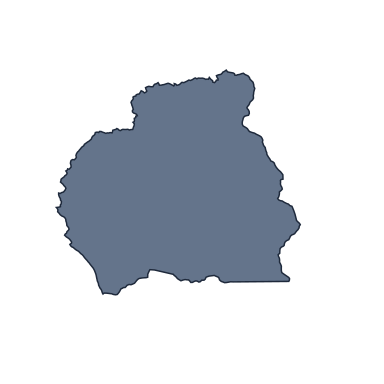 the district of Itaberaba, Bahia, Brazil, rotated 294°
{"feature_id": "56859067B40905854512446", "entity_name": "Itaberaba", "entity_type": "district", "adm_level": 2, "iso_a3": "BRA", "parent_name": "Brazil", "parent_adm1": "Bahia", "projection": "natural_earth1", "projection_center": [-40.241, -12.524], "detail": "fine", "context": "isolated", "style": "filled", "palette": "slate", "viewbox_px": 384, "rotation_deg": 294, "n_neighbors": 0, "source": "geoboundaries", "source_scale": "gbopen_adm2", "svg_char_len": 5668}
<svg xmlns="http://www.w3.org/2000/svg" viewBox="0 0 384 384"><g transform="rotate(294 192 192)"><path d="M149.7,316.8L151.2,316.8L152.6,316.3L153.3,315.1L153.9,311.8L154.4,309.1L154.9,306.8L156.7,305.5L158.9,304.5L160.6,303.8L162.0,302.4L163.5,300.5L165.5,299.7L167.1,298.7L168.5,297.1L169.8,296.2L171.7,297.1L174.1,296.1L176.2,295.5L178.1,296.1L179.4,297.3L180.6,297.9L182.2,297.5L183.8,297.3L185.9,298.1L187.8,299.8L189.7,299.9L191.7,299.9L193.3,300.6L194.3,301.6L195.6,302.7L197.5,303.1L199.4,303.6L200.5,304.1L202.8,304.4L204.3,303.9L206.2,304.2L207.1,302.9L207.8,300.8L208.5,299.1L209.8,298.1L211.6,296.7L213.5,295.2L214.9,293.9L216.5,292.4L218.7,290.1L219.6,289.1L219.4,286.9L220.2,285.0L220.0,283.3L220.1,280.6L220.5,278.1L220.0,276.2L220.1,274.3L220.9,272.9L222.7,273.2L224.7,272.9L225.9,272.6L227.6,271.8L229.9,272.9L231.4,273.3L232.9,272.1L233.7,270.9L234.6,270.0L235.6,269.4L237.1,268.9L238.4,268.1L239.6,268.3L240.7,269.9L242.4,269.1L244.7,268.0L245.4,266.8L246.5,264.7L247.3,262.1L247.9,260.7L248.9,258.8L250.5,256.6L251.9,255.4L252.5,253.5L252.4,251.4L253.8,249.7L255.0,247.6L256.0,246.2L256.9,245.0L258.2,244.4L259.7,242.8L261.1,241.7L262.5,240.7L263.2,239.2L264.1,238.0L265.2,237.1L266.2,236.0L268.2,235.6L269.6,234.1L270.5,232.7L270.8,231.0L270.9,228.9L270.9,227.5L271.2,225.2L270.8,222.7L270.6,219.9L271.5,218.2L272.4,216.8L272.8,215.0L273.1,211.9L274.2,210.5L275.5,209.8L277.1,209.3L278.8,209.1L280.2,208.8L281.5,208.9L282.6,209.3L283.8,210.6L285.1,212.4L287.1,212.4L288.9,211.4L290.1,209.9L290.7,208.5L291.6,207.8L293.2,208.1L294.4,208.5L295.8,208.6L297.6,208.5L299.1,209.1L301.0,209.9L302.8,210.0L304.0,209.3L305.2,208.7L306.6,208.4L308.2,207.8L310.0,207.5L312.2,207.2L313.5,205.6L315.1,204.8L317.1,203.1L318.1,200.5L318.6,199.2L320.0,197.8L320.9,195.9L320.9,192.5L321.4,190.7L320.4,189.3L318.7,187.6L317.6,185.9L316.6,185.0L316.2,183.5L317.3,182.7L317.5,181.3L317.1,179.5L316.6,177.7L316.2,175.6L317.3,173.7L315.3,172.5L314.0,171.4L312.6,171.2L311.2,170.5L309.7,168.4L308.2,167.0L306.9,168.3L305.9,169.9L304.8,170.2L304.2,168.8L302.7,168.7L301.1,168.1L300.8,166.3L302.1,165.5L302.5,163.6L303.7,161.2L301.7,161.2L301.3,159.8L300.5,158.8L300.6,157.1L300.3,155.3L299.4,153.5L298.6,151.4L297.4,150.4L297.5,148.6L296.5,147.7L295.0,146.8L293.3,145.3L293.0,143.6L291.3,142.4L289.9,141.2L288.6,140.1L288.1,138.2L286.7,137.5L285.0,136.8L283.3,134.8L284.0,133.2L283.8,131.7L282.7,132.4L281.5,132.2L281.7,129.6L281.8,127.4L281.6,125.9L280.4,124.5L278.8,122.8L277.9,121.4L277.0,120.3L276.3,118.7L277.3,117.8L278.1,116.5L276.6,115.6L275.3,114.1L273.9,113.6L272.4,113.6L271.5,111.8L271.0,109.6L269.9,108.3L268.4,107.1L266.9,108.4L265.8,109.7L264.3,109.2L263.2,108.2L263.8,106.3L263.8,104.4L261.9,104.2L260.1,103.9L259.1,102.4L258.1,101.5L256.8,101.6L255.9,100.3L254.7,99.5L253.4,100.4L252.1,100.3L250.4,99.8L248.9,99.9L248.0,100.9L246.9,101.7L245.9,102.8L244.9,103.6L243.6,104.8L242.3,104.4L241.0,105.0L240.4,106.5L240.5,108.0L240.4,109.8L239.4,111.0L238.4,109.8L237.1,110.3L235.8,109.3L234.0,110.3L232.8,110.6L231.7,109.7L230.8,111.6L229.0,112.1L227.4,112.1L226.2,112.3L225.0,112.4L224.2,110.8L223.2,109.6L223.2,107.9L222.3,106.3L221.7,105.0L221.1,103.3L220.2,102.4L219.1,101.8L218.7,100.5L219.3,99.3L219.4,97.5L218.3,97.0L217.3,95.8L216.2,94.5L214.7,94.9L213.5,94.9L213.0,93.0L212.0,91.9L211.5,90.5L210.5,89.4L210.5,87.8L210.3,86.2L210.3,84.3L209.6,82.8L208.4,82.6L208.1,80.9L207.0,79.5L205.0,79.8L203.7,79.3L202.4,78.5L200.7,78.4L199.2,78.5L197.6,77.7L196.3,77.1L195.3,76.3L194.0,75.6L191.8,74.3L190.2,74.3L188.0,73.0L186.2,72.6L184.7,72.1L183.2,71.8L182.0,71.2L180.1,70.9L178.2,71.1L176.6,72.3L175.1,72.0L173.6,71.4L173.0,69.6L171.6,68.7L169.9,68.9L168.5,69.4L167.5,70.4L165.6,71.4L164.0,70.9L162.7,70.4L162.6,69.0L161.1,69.1L159.9,68.2L158.9,69.8L157.9,70.4L156.4,70.1L155.3,69.3L154.1,69.1L152.9,68.5L151.9,67.9L150.4,67.2L148.9,67.7L147.6,67.8L147.2,69.1L146.6,71.0L145.7,72.5L145.1,74.1L144.1,75.3L142.1,75.3L139.7,74.6L138.4,73.1L137.1,72.2L136.8,70.6L135.4,71.2L134.1,72.3L133.2,73.3L132.4,74.5L131.2,75.1L130.2,76.6L127.9,77.3L126.5,77.0L125.1,77.8L123.9,76.4L122.7,74.4L122.1,75.7L121.1,76.8L119.3,77.3L118.6,79.1L117.6,80.9L117.1,83.1L117.2,84.7L116.8,86.2L115.8,87.7L114.1,88.7L113.1,89.7L111.9,90.5L110.4,91.4L109.8,92.7L109.0,94.0L108.0,94.8L106.6,94.6L105.0,93.9L103.3,94.1L102.0,93.3L100.7,93.2L99.9,95.4L99.6,97.3L99.2,99.1L98.2,101.0L97.3,102.4L96.0,102.7L94.5,101.7L93.5,103.0L93.0,104.5L93.0,106.2L92.4,107.9L91.9,110.0L91.7,112.4L91.1,114.0L90.5,115.3L90.1,117.2L89.5,118.6L88.4,120.4L87.5,122.3L86.8,124.0L85.9,125.6L85.4,126.9L84.7,128.0L83.5,130.3L82.4,132.5L81.2,134.2L79.9,135.6L78.5,137.0L77.4,138.0L76.0,139.0L74.7,139.9L73.4,140.9L72.2,141.7L71.2,142.9L70.1,143.9L68.9,144.6L68.0,145.7L66.9,146.9L65.9,148.8L64.6,150.1L63.4,151.1L62.6,152.2L63.9,152.8L64.8,155.0L65.5,157.2L65.9,158.6L66.4,160.1L66.4,161.7L67.0,164.0L68.0,165.4L69.3,165.8L71.4,166.3L74.6,166.5L75.8,167.6L76.8,168.2L77.5,169.7L78.7,170.2L80.3,170.6L81.9,172.1L82.5,174.0L83.7,175.2L85.3,176.6L88.4,177.4L89.9,177.9L91.2,178.6L92.1,179.7L93.2,181.4L94.2,183.2L95.1,185.0L96.1,186.2L99.0,185.0L101.3,185.0L103.9,185.1L105.5,189.4L109.2,208.5L108.5,209.7L108.2,211.4L107.5,212.8L106.9,214.2L106.7,215.5L106.4,218.0L108.0,219.7L109.2,221.3L109.7,223.1L110.3,224.6L109.8,226.1L108.9,227.7L109.7,229.3L111.1,230.3L112.4,231.7L112.7,233.3L112.5,234.9L113.5,236.1L115.3,236.7L116.4,238.9L117.7,239.5L119.8,239.5L120.8,240.4L122.1,241.8L123.2,243.6L124.1,245.1L124.8,246.2L124.8,248.0L124.9,250.3L124.4,251.6L122.9,252.9L122.2,255.1L122.4,257.1L122.4,258.6L123.3,260.3L125.7,263.8L126.6,266.1L149.7,316.8Z" fill="#64748b" stroke="#1e293b" stroke-width="1.5"/></g></svg>